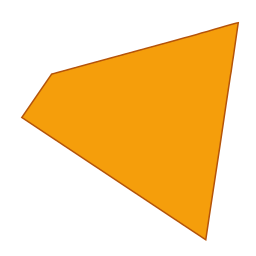 Nome nor, Telemark, Norway (Albers equal-area conic projection), rotated 272°
{"feature_id": "86288312B29220446300399", "entity_name": "Nome nor", "entity_type": "district", "adm_level": 2, "iso_a3": "NOR", "parent_name": "Norway", "parent_adm1": "Telemark", "projection": "albers", "projection_center": [9.279, 59.161], "detail": "fine", "context": "isolated", "style": "filled", "palette": "amber", "viewbox_px": 256, "rotation_deg": 272, "n_neighbors": 0, "source": "geoboundaries", "source_scale": "gbopen_adm2", "svg_char_len": 606}
<svg xmlns="http://www.w3.org/2000/svg" viewBox="0 0 256 256"><g transform="rotate(272 128 128)"><path d="M19.0,209.6L20.6,209.8L41.9,212.2L113.2,220.5L155.1,225.2L184.5,228.6L187.8,229.1L191.7,229.5L194.4,229.8L198.3,230.2L202.1,230.7L205.8,231.1L210.5,231.6L215.9,232.2L220.5,232.7L225.1,233.2L230.6,233.8L237.0,234.5L236.7,233.0L235.9,230.2L234.8,226.7L233.1,221.4L231.6,216.9L229.9,211.6L228.6,207.8L227.2,203.8L225.6,198.3L223.8,193.3L221.0,184.4L220.1,181.2L217.4,172.8L190.8,87.1L179.2,49.8L134.8,21.5L32.7,187.3L20.0,208.0L19.0,209.6Z" fill="#f59e0b" stroke="#b45309" stroke-width="1.5"/></g></svg>